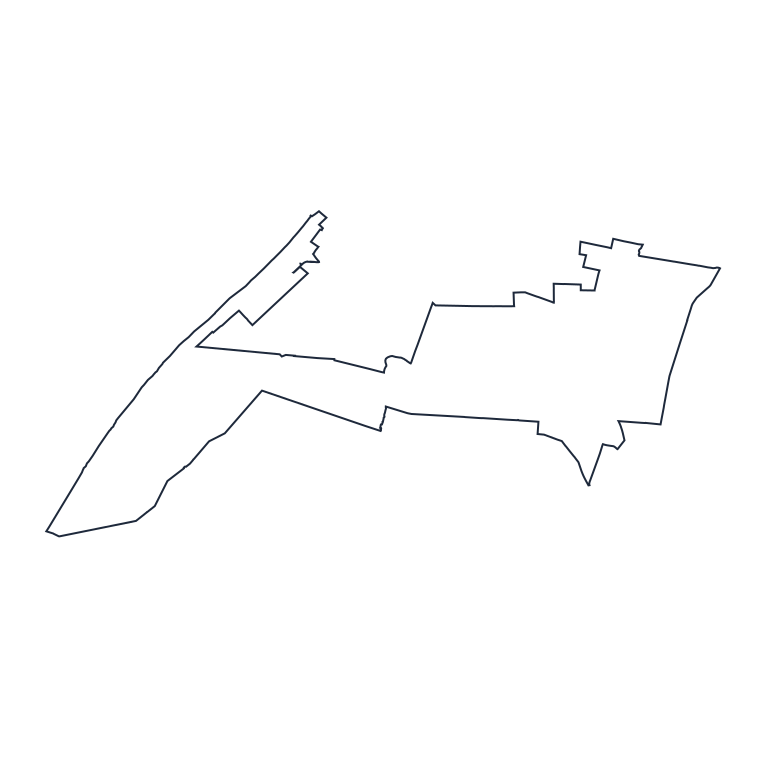 the district of Sacele, Constanta, Romania, rotated 183°
{"feature_id": "2599482B64412955341960", "entity_name": "Sacele", "entity_type": "district", "adm_level": 2, "iso_a3": "ROU", "parent_name": "Romania", "parent_adm1": "Constanta", "projection": "equal_earth", "projection_center": [28.684, 44.499], "detail": "fine", "context": "isolated", "style": "outline", "palette": "slate", "viewbox_px": 768, "rotation_deg": 183, "n_neighbors": 0, "source": "geoboundaries", "source_scale": "gbopen_adm2", "svg_char_len": 6012}
<svg xmlns="http://www.w3.org/2000/svg" viewBox="0 0 768 768"><g transform="rotate(183 384 384)"><path d="M174.8,293.9L174.7,294.0L174.4,293.5L173.5,293.7L173.8,294.6L173.8,295.0L173.8,295.6L173.7,296.2L173.5,297.2L173.1,298.4L170.8,305.9L166.4,320.4L164.8,325.8L163.7,330.1L162.6,334.5L162.2,335.4L161.5,335.2L160.5,334.9L158.2,334.5L154.4,334.1L151.8,333.9L151.1,333.7L150.5,333.3L149.9,333.0L147.5,331.1L147.4,331.1L140.9,340.3L143.1,348.0L143.1,347.9L143.8,350.1L144.9,352.9L145.2,353.8L146.2,356.0L146.5,356.6L147.1,357.7L147.5,358.5L147.9,359.2L147.7,359.2L124.0,358.7L121.1,358.7L121.0,358.8L120.7,358.9L120.2,358.8L105.7,358.1L105.0,363.4L104.5,367.1L103.4,375.1L103.2,377.3L102.6,381.9L102.3,384.1L100.2,400.5L99.4,406.4L99.2,407.4L95.6,421.2L90.6,440.3L87.6,451.5L84.4,463.5L84.6,463.6L81.5,475.3L80.7,478.6L80.4,479.3L80.0,480.4L78.6,482.7L76.2,486.6L75.5,487.3L66.7,496.0L64.6,498.0L63.7,499.0L63.0,500.0L54.5,517.1L55.1,517.4L56.6,517.7L57.3,517.7L57.8,517.7L59.3,517.2L60.7,517.0L61.1,516.9L61.7,516.9L63.6,517.2L66.5,517.4L75.0,518.6L76.0,518.6L78.0,518.9L83.8,519.5L87.4,519.9L100.5,521.4L100.9,521.4L105.2,521.9L135.9,525.3L136.1,526.0L136.3,526.2L136.4,526.4L136.3,526.6L136.3,526.9L136.1,527.2L136.0,527.7L135.9,528.3L135.9,528.9L136.0,529.4L136.3,529.8L136.4,530.2L136.4,530.5L136.3,530.8L135.9,531.7L134.9,532.6L134.3,533.3L134.2,533.6L134.1,534.0L133.5,535.2L133.5,535.6L133.1,536.2L132.9,536.7L137.5,536.9L144.9,538.1L152.0,539.1L162.7,541.0L164.3,531.5L168.0,532.2L180.0,534.0L195.2,536.4L195.4,530.8L195.4,530.7L195.5,523.9L188.9,523.2L191.2,511.3L174.7,508.7L175.1,507.4L175.7,504.8L178.3,490.5L178.6,489.0L178.6,488.4L192.4,487.9L192.7,493.6L209.4,493.3L209.5,493.2L219.8,493.0L219.4,487.9L219.4,487.1L218.7,475.5L218.6,475.1L218.7,474.1L219.6,474.3L220.8,474.8L234.3,478.9L236.0,479.3L239.4,480.3L241.7,481.0L245.7,482.2L247.7,482.9L252.1,482.7L259.4,482.0L259.3,480.9L258.4,470.7L258.2,469.0L258.1,468.5L262.5,468.2L271.0,467.8L273.8,467.7L278.4,467.4L299.6,466.4L312.5,466.0L336.7,465.2L339.6,467.6L340.3,465.2L341.0,463.1L352.6,424.7L354.6,418.5L356.4,412.3L357.9,407.1L358.4,405.9L358.5,405.9L359.7,406.5L360.4,407.0L362.0,407.9L362.3,408.1L362.5,408.4L362.7,408.6L363.7,409.0L364.3,409.4L365.0,409.9L365.5,410.1L367.5,410.9L367.8,411.1L368.1,411.1L369.3,411.3L369.9,411.2L371.4,411.4L373.7,411.6L377.3,412.4L379.2,412.0L379.8,411.7L381.4,411.0L382.5,410.2L383.4,409.3L383.9,407.7L383.7,405.8L382.7,403.2L382.6,402.1L383.4,400.8L384.1,399.2L384.4,397.9L384.6,396.6L384.6,395.4L387.1,395.8L398.9,398.2L434.8,405.1L434.9,405.5L434.9,406.3L451.8,406.4L475.0,407.2L474.8,407.6L483.6,407.9L487.5,406.1L489.7,408.2L573.2,411.6L571.8,413.0L569.6,415.2L565.8,419.1L558.2,427.1L557.2,426.4L550.6,432.8L548.5,434.1L541.2,441.7L532.7,449.7L530.6,447.7L528.5,445.6L526.5,443.7L525.5,442.8L524.7,442.2L524.3,441.8L523.7,441.2L523.4,440.7L523.1,440.3L518.5,435.9L465.9,490.5L474.1,496.6L478.5,492.0L480.1,490.5L480.3,490.6L480.0,490.8L478.7,492.2L473.9,497.2L472.5,498.8L473.7,499.5L473.8,499.7L473.8,499.8L473.6,499.8L472.4,499.0L472.2,499.0L471.0,500.3L469.8,501.2L468.5,501.8L467.7,502.1L467.3,502.1L467.0,502.3L466.9,502.3L466.8,502.1L465.0,502.1L463.0,502.0L461.3,502.1L461.6,502.3L460.1,502.3L459.2,502.2L457.2,502.1L455.7,502.2L454.5,502.7L455.1,502.7L455.3,502.8L455.5,502.9L458.6,506.3L459.2,507.1L459.5,507.4L460.0,508.0L460.3,508.6L461.6,510.1L460.5,511.5L460.5,511.8L460.3,512.2L459.0,514.4L458.1,515.5L456.7,517.6L457.0,517.7L464.4,522.2L455.9,534.9L454.2,534.4L453.9,535.4L453.4,536.0L453.2,536.3L453.6,536.9L454.4,537.2L454.8,537.9L457.2,539.7L450.2,547.1L455.4,551.0L458.0,553.1L461.8,549.9L464.5,547.9L464.8,547.7L465.2,547.7L465.5,547.9L465.7,548.2L466.0,548.4L466.2,548.2L466.2,547.7L466.2,547.2L466.6,546.5L467.5,545.4L469.2,542.8L470.5,541.1L473.1,537.3L474.5,535.5L477.9,530.9L481.2,526.7L482.0,525.8L485.8,520.5L488.6,517.1L490.2,515.4L494.5,510.3L498.2,506.2L500.6,503.5L502.6,501.5L505.3,498.4L510.0,493.1L515.2,487.6L518.2,484.3L522.2,480.5L523.7,478.6L527.2,474.5L542.3,461.8L543.0,461.1L556.3,446.3L556.4,445.7L557.0,445.2L562.8,438.9L576.3,426.6L581.6,420.5L586.2,416.4L590.6,412.0L599.3,400.7L601.9,397.9L605.8,393.7L606.4,392.3L609.6,388.3L611.4,384.8L613.0,383.5L613.6,382.6L614.3,381.8L615.6,379.9L620.0,375.7L623.6,370.6L625.8,368.0L633.1,355.7L647.9,335.9L649.5,333.6L650.1,331.6L651.5,329.2L652.1,327.3L653.9,325.6L654.7,324.1L655.8,323.0L657.2,320.8L665.6,307.1L671.2,297.0L674.8,291.2L676.5,289.2L677.5,286.2L679.5,284.3L679.7,283.5L680.2,282.4L681.0,279.9L684.1,273.9L692.8,257.6L710.9,223.8L713.5,219.2L706.5,217.4L706.0,217.1L700.8,214.9L700.0,214.9L624.5,234.3L614.2,243.4L614.0,243.7L613.8,243.7L606.5,250.1L595.2,275.8L579.4,289.3L579.6,289.7L579.6,290.0L578.9,290.6L578.6,290.9L578.4,291.1L577.9,291.1L577.4,291.0L573.6,294.3L570.7,298.1L570.6,298.5L570.2,298.9L570.0,299.0L555.7,317.6L540.4,326.4L505.5,371.0L433.8,350.6L400.4,341.1L384.9,336.9L384.6,337.5L384.6,337.8L384.6,338.2L384.9,338.5L384.6,339.1L384.5,339.6L384.7,340.0L385.0,340.1L385.3,340.1L385.4,339.9L385.6,340.0L385.4,340.4L385.1,343.0L384.9,343.5L384.7,343.6L384.4,343.5L384.2,343.4L383.9,343.5L383.3,345.6L383.5,345.7L383.6,346.0L383.4,346.3L383.1,346.3L382.7,348.8L382.6,349.6L382.6,350.3L382.4,350.6L382.0,350.8L381.9,351.1L381.8,351.4L382.0,351.9L382.1,352.1L382.1,352.5L382.1,353.5L382.0,354.1L381.7,354.8L381.6,355.4L381.4,356.2L381.3,357.0L381.1,358.1L380.9,358.9L380.7,360.0L381.0,360.8L381.0,361.6L359.1,356.1L358.4,356.0L358.1,355.9L357.8,355.9L355.0,355.5L302.0,355.3L301.5,355.2L287.4,355.0L284.5,355.0L283.1,355.1L258.8,354.8L254.7,354.8L248.9,354.8L248.5,355.1L248.3,355.1L248.1,355.1L247.9,355.1L247.4,354.7L227.8,354.4L228.0,342.1L221.5,341.8L207.8,337.5L204.8,336.7L203.5,336.3L203.3,336.2L202.7,335.4L199.4,331.5L199.1,331.3L195.0,326.6L190.6,321.7L190.4,321.5L190.2,321.4L189.8,320.9L188.4,319.2L185.9,316.3L185.6,315.8L182.2,307.3L181.0,304.7L179.8,302.3L178.8,300.5L176.9,297.3L175.4,294.9L174.8,293.9Z" fill="none" stroke="#1e293b" stroke-width="2"/></g></svg>